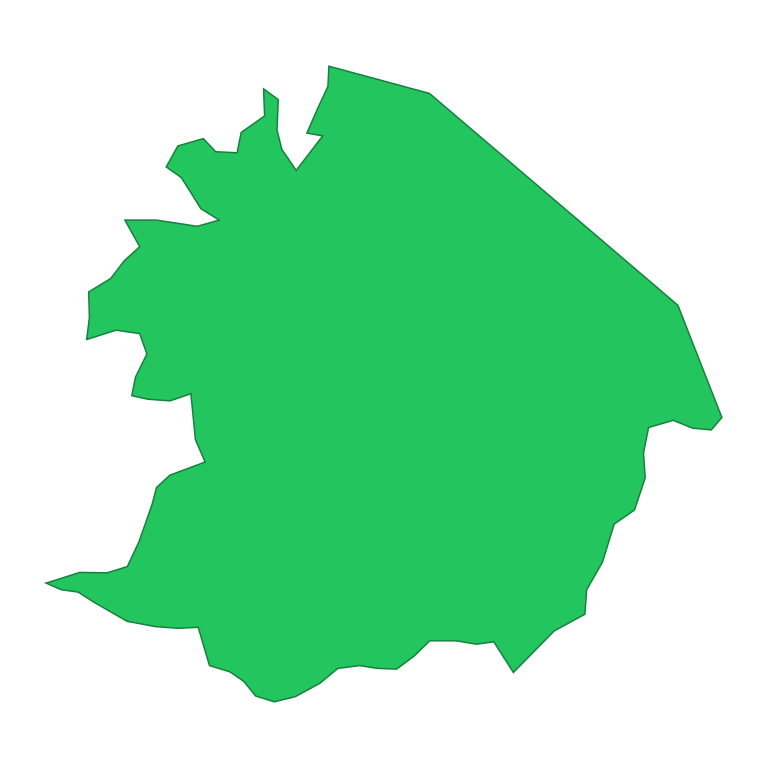 Mulungu, Ceará, Brazil
{"feature_id": "56859067B22800434972172", "entity_name": "Mulungu", "entity_type": "district", "adm_level": 2, "iso_a3": "BRA", "parent_name": "Brazil", "parent_adm1": "Ceará", "projection": "albers", "projection_center": [-39.009, -4.317], "detail": "fine", "context": "isolated", "style": "filled", "palette": "green", "viewbox_px": 768, "rotation_deg": 0, "n_neighbors": 0, "source": "geoboundaries", "source_scale": "gbopen_adm2", "svg_char_len": 1199}
<svg xmlns="http://www.w3.org/2000/svg" viewBox="0 0 768 768"><path d="M513.4,672.5L554.0,631.1L584.9,614.2L586.7,589.7L602.5,562.1L614.2,524.1L634.5,510.0L645.2,477.9L643.5,453.0L648.6,427.5L673.1,420.3L692.7,428.2L711.3,429.9L721.9,417.5L677.9,305.3L589.4,229.7L429.4,93.4L328.9,66.2L327.9,86.5L317.6,108.6L306.9,133.1L322.7,135.9L311.0,151.1L296.2,170.4L281.8,149.3L277.0,130.0L278.3,99.6L263.6,88.9L264.6,115.9L241.2,132.4L237.1,152.8L215.7,151.7L203.3,138.6L177.9,145.9L166.2,166.9L181.3,177.6L190.3,191.8L200.9,208.7L219.2,220.1L197.1,226.3L156.5,220.1L124.9,220.1L139.7,246.7L124.2,260.8L110.8,278.4L88.7,291.9L89.4,317.4L86.7,339.5L115.9,330.2L139.7,333.6L146.9,354.0L135.5,377.1L131.8,395.7L147.6,399.2L170.0,400.9L190.9,393.7L195.4,439.6L205.1,462.0L170.0,475.1L156.5,487.5L152.1,504.4L139.0,541.7L127.3,566.6L107.0,572.8L79.8,572.4L46.1,583.1L61.2,589.7L78.1,592.1L94.9,602.8L127.3,621.4L155.5,626.6L177.9,628.3L198.2,627.3L209.5,665.6L229.8,671.8L243.9,681.5L255.6,696.0L274.2,701.8L295.2,696.7L320.0,683.2L337.9,668.4L359.6,665.6L377.5,668.4L396.7,669.1L414.3,655.9L429.8,640.8L455.9,640.8L476.6,644.2L493.8,641.8L513.4,672.5Z" fill="#22c55e" stroke="#15803d" stroke-width="1.5"/></svg>